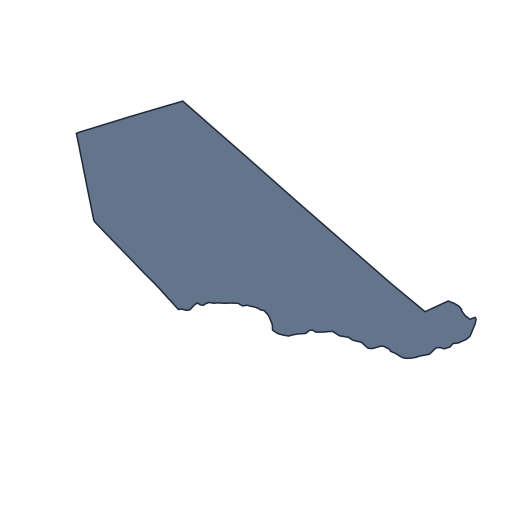 Al Matama, River Nile, Sudan, rotated 39°
{"feature_id": "16777658B39370875153470", "entity_name": "Al Matama", "entity_type": "district", "adm_level": 2, "iso_a3": "SDN", "parent_name": "Sudan", "parent_adm1": "River Nile", "projection": "mercator", "projection_center": [32.797, 16.702], "detail": "fine", "context": "isolated", "style": "filled", "palette": "slate", "viewbox_px": 512, "rotation_deg": 39, "n_neighbors": 0, "source": "geoboundaries", "source_scale": "gbopen_adm2", "svg_char_len": 2676}
<svg xmlns="http://www.w3.org/2000/svg" viewBox="0 0 512 512"><g transform="rotate(39 256 256)"><path d="M39.2,273.7L44.0,277.7L51.0,283.4L55.1,286.9L63.7,294.0L68.3,297.9L71.6,300.6L88.7,314.8L107.3,330.2L109.3,331.0L116.5,331.9L123.6,332.8L126.0,333.1L126.8,333.2L127.1,333.2L130.4,333.6L131.7,333.8L132.0,333.8L132.3,333.9L134.8,334.2L136.1,334.3L139.9,334.8L140.8,334.9L142.2,335.1L144.1,335.3L144.5,335.3L148.9,335.9L149.1,335.9L154.9,336.6L157.9,336.9L164.1,337.7L171.0,338.6L178.4,339.5L180.7,339.8L180.8,339.8L193.8,341.1L195.6,341.3L198.9,341.8L200.9,342.0L209.5,343.4L212.7,343.9L215.8,344.4L216.4,344.4L221.9,345.2L222.8,345.4L223.4,345.5L227.4,346.1L228.5,346.3L229.1,346.3L229.3,346.3L229.6,346.3L231.2,344.2L236.2,342.0L238.5,339.4L238.9,333.2L240.0,329.4L243.3,329.0L246.1,327.5L246.8,325.0L248.6,321.8L253.3,319.0L254.5,317.6L257.8,315.0L261.7,312.3L265.3,309.0L271.6,304.1L277.1,303.2L279.9,300.0L280.8,299.4L282.9,298.8L284.5,297.8L287.6,296.3L290.0,295.5L291.6,295.2L293.6,295.0L296.7,293.3L299.1,293.7L302.5,294.2L305.6,295.6L311.9,299.1L313.9,301.4L315.3,303.0L316.1,303.2L319.6,302.8L321.5,302.7L323.4,301.9L326.6,300.5L331.7,297.7L334.3,294.0L338.0,289.8L342.1,286.1L343.3,285.0L344.4,280.1L345.5,279.0L346.8,278.0L350.4,277.5L356.6,272.4L359.6,269.4L363.0,266.4L367.4,265.9L371.1,265.5L372.9,264.5L379.0,261.0L381.1,260.8L383.2,260.7L383.9,260.5L385.9,259.7L387.3,259.1L389.9,257.8L392.4,256.7L397.9,257.0L400.0,257.1L401.2,257.1L402.8,256.0L403.7,255.5L404.9,254.5L409.4,248.0L411.6,246.1L413.0,245.5L414.0,245.4L416.3,245.1L417.5,244.4L420.7,245.3L424.6,244.2L428.1,243.5L430.5,243.4L434.2,242.6L435.5,242.0L436.7,241.1L437.9,240.4L440.1,238.4L441.1,237.4L444.4,233.7L445.7,231.4L446.3,230.6L452.6,223.2L453.0,220.1L453.8,214.0L456.9,211.1L460.7,209.7L463.5,205.4L464.1,204.3L464.1,200.3L464.9,199.4L467.9,196.3L470.8,190.6L471.1,189.8L471.8,188.9L472.4,186.1L472.8,183.8L472.0,180.8L468.9,170.6L467.5,168.0L467.0,166.8L465.0,165.7L463.8,167.6L462.0,170.6L460.9,170.6L458.4,170.6L457.3,170.7L454.6,170.4L452.5,169.8L449.7,168.9L449.4,168.0L444.8,167.3L439.8,168.1L433.7,170.0L422.4,192.9L377.5,192.4L253.8,187.9L185.0,184.9L134.0,183.0L123.0,182.5L116.8,182.3L101.9,181.7L101.6,181.7L101.5,181.8L101.4,182.1L101.2,182.2L101.2,182.3L101.0,182.7L100.2,183.8L99.6,184.7L95.7,190.3L93.4,193.5L83.9,207.3L82.5,209.4L75.5,219.4L75.0,220.2L74.7,220.7L74.1,221.5L72.5,223.9L70.8,226.3L63.7,236.9L57.2,246.6L54.4,250.7L54.1,251.2L51.0,255.8L48.2,260.0L44.7,265.1L43.0,267.7L42.8,268.0L42.4,268.5L41.2,270.3L40.9,270.7L40.9,270.8L40.6,271.3L40.4,271.7L39.9,272.4L39.8,272.7L39.3,273.4L39.2,273.7Z" fill="#64748b" stroke="#1e293b" stroke-width="1.5"/></g></svg>